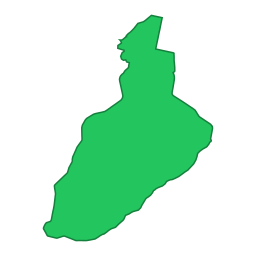 outline of Haarlemmermeer, Noord-Holland, Netherlands
{"feature_id": "6326949B97819203783200", "entity_name": "Haarlemmermeer", "entity_type": "district", "adm_level": 2, "iso_a3": "NLD", "parent_name": "Netherlands", "parent_adm1": "Noord-Holland", "projection": "mercator", "projection_center": [4.677, 52.324], "detail": "fine", "context": "isolated", "style": "filled", "palette": "green", "viewbox_px": 256, "rotation_deg": 0, "n_neighbors": 0, "source": "geoboundaries", "source_scale": "gbopen_adm2", "svg_char_len": 5503}
<svg xmlns="http://www.w3.org/2000/svg" viewBox="0 0 256 256"><path d="M206.6,146.9L207.0,146.5L207.6,145.7L208.8,144.2L209.0,143.8L209.8,142.2L210.2,141.9L210.6,141.7L210.9,141.6L211.0,141.5L211.0,141.3L211.1,140.9L211.2,140.7L211.3,140.4L211.2,140.1L210.8,139.5L210.7,139.1L210.6,138.9L212.5,128.7L212.5,128.1L212.5,127.7L212.4,127.0L212.3,126.4L212.1,126.4L211.9,126.0L211.6,125.5L211.2,125.0L210.8,124.5L210.2,124.0L199.3,116.7L199.1,116.4L198.8,116.1L195.3,110.5L195.1,110.2L194.5,109.7L193.0,108.6L182.7,101.7L176.6,97.8L173.6,95.9L173.2,95.6L172.9,95.3L172.6,94.9L172.4,94.5L172.2,94.2L172.1,93.8L172.1,93.1L172.1,92.6L173.1,87.0L174.0,81.5L174.3,79.7L174.4,79.0L174.4,78.4L174.4,77.3L174.3,76.5L174.1,75.4L173.8,74.3L173.4,73.4L173.1,72.7L173.6,72.4L174.8,71.1L174.7,66.6L174.6,65.8L174.4,62.9L174.3,62.4L174.1,60.5L174.1,59.1L174.1,55.9L174.0,55.4L174.0,54.2L174.0,53.3L173.9,53.1L173.5,52.9L172.8,52.7L155.7,49.0L156.5,45.1L157.0,42.6L157.1,42.2L158.3,36.5L159.4,31.1L159.6,30.5L161.1,22.8L162.2,17.7L151.9,15.5L151.4,15.4L145.5,20.3L145.1,20.6L144.3,21.2L143.4,21.7L142.7,22.0L142.3,22.1L137.9,23.4L133.9,28.5L132.2,30.3L131.4,31.1L130.7,31.8L129.9,32.5L129.3,32.9L128.6,33.4L128.1,33.8L126.5,35.5L126.5,36.0L126.4,35.9L126.2,36.1L126.3,36.2L125.7,37.0L122.8,39.5L122.2,39.8L121.7,40.0L121.4,40.1L121.1,40.1L119.9,40.0L120.2,40.3L120.4,40.6L120.7,41.1L121.0,41.6L121.3,42.4L121.4,42.7L121.4,43.1L117.9,45.5L117.8,48.3L121.5,49.5L124.1,50.3L124.1,51.3L122.2,52.6L120.7,56.3L121.5,59.0L123.5,60.3L125.7,59.8L126.6,61.9L129.3,62.7L128.6,66.2L128.7,66.3L128.8,66.8L128.7,67.0L128.5,67.3L128.4,67.5L128.2,67.8L127.3,68.7L125.5,70.2L125.2,70.5L124.8,71.0L124.3,71.8L123.7,72.7L123.5,73.1L123.3,73.4L122.8,73.7L122.0,74.3L121.8,74.5L121.2,75.2L120.7,75.8L120.4,76.3L120.0,77.1L119.9,77.5L119.7,78.2L119.6,78.5L119.6,78.9L119.5,79.3L119.5,79.5L119.6,80.3L119.7,81.0L120.6,85.1L121.9,91.2L122.2,92.4L122.5,94.0L122.6,94.4L122.7,94.8L122.8,95.6L122.8,95.9L122.8,96.6L122.7,96.9L122.7,97.1L122.6,97.3L122.5,97.6L122.4,98.0L122.1,98.5L121.9,98.9L121.6,99.3L121.4,99.6L121.0,100.1L120.5,100.5L113.9,105.2L112.6,106.1L107.7,109.6L107.3,109.9L105.6,111.0L105.1,111.3L104.6,111.5L104.2,111.6L101.5,112.3L98.6,112.9L95.5,113.6L94.5,113.9L94.2,114.0L93.4,114.3L87.6,117.8L87.0,118.2L86.4,118.7L86.0,119.2L85.7,119.4L85.5,119.7L85.1,120.3L83.2,123.7L82.6,124.7L82.3,125.4L82.2,125.9L82.0,126.6L81.9,127.2L81.8,127.6L81.8,128.4L81.8,129.9L81.9,133.9L81.9,134.4L81.9,135.3L82.0,137.6L82.0,139.3L82.0,139.6L82.0,139.9L81.9,140.1L81.8,140.5L81.6,140.8L81.3,141.3L81.0,141.7L79.0,144.4L78.1,145.7L77.7,146.2L77.4,146.6L77.1,147.2L76.6,148.2L76.5,148.5L73.7,154.8L73.4,155.4L73.1,156.2L72.8,156.8L72.6,157.6L72.6,157.8L72.4,158.7L72.3,159.0L72.3,159.4L72.3,161.0L72.2,161.3L72.2,161.6L72.1,161.9L70.7,164.4L70.6,164.6L69.3,167.0L69.1,167.4L68.9,167.8L68.2,170.3L68.1,170.7L67.6,172.2L67.5,172.6L67.3,172.9L67.1,173.2L64.6,175.5L55.1,184.6L55.0,184.8L54.7,185.1L54.6,185.4L54.5,185.6L54.4,185.9L54.4,186.2L54.4,186.4L54.5,186.9L54.7,188.7L54.9,189.7L55.0,190.2L55.5,193.5L55.5,194.0L54.2,205.0L54.0,206.0L54.0,206.4L53.9,206.7L53.9,206.9L53.7,207.6L53.6,208.5L53.0,211.0L52.2,215.1L52.0,216.3L51.8,217.4L51.6,218.4L51.3,219.8L51.3,220.1L51.2,220.3L50.9,220.7L50.7,221.0L50.4,221.3L50.2,221.4L50.0,221.6L49.8,221.6L48.7,222.0L47.7,222.3L46.7,222.6L46.1,223.0L45.8,223.3L45.5,223.7L44.5,225.5L43.7,227.3L43.6,227.6L43.5,228.0L43.5,228.3L43.5,228.7L43.6,228.9L43.6,229.1L43.8,229.3L45.5,232.3L47.2,235.5L47.4,235.7L47.5,235.9L48.5,236.2L55.9,238.0L56.8,238.1L57.0,238.1L57.4,238.0L57.9,237.9L58.1,237.8L61.6,236.7L63.0,236.2L63.3,236.2L63.6,236.1L64.0,236.1L64.3,236.1L64.8,236.2L73.0,239.4L75.7,240.5L76.0,240.5L76.4,240.6L78.9,240.5L86.3,240.6L87.0,240.5L88.2,240.3L91.0,239.8L92.3,239.5L92.6,239.5L92.9,239.4L94.3,239.1L94.9,239.0L95.4,238.8L96.3,238.2L98.1,237.1L98.9,236.6L99.2,236.3L100.9,235.2L101.0,235.2L101.5,234.9L101.9,234.7L102.5,234.3L103.3,234.2L104.0,234.0L106.0,232.6L106.9,231.9L107.2,231.7L108.3,230.7L108.7,230.4L110.9,229.0L111.5,228.7L112.0,228.5L115.0,227.5L115.4,227.3L115.7,227.1L116.2,226.6L117.4,225.4L117.6,225.1L117.9,224.9L118.0,224.8L118.4,224.3L118.5,224.3L118.9,223.9L122.7,220.6L123.3,220.0L123.7,219.5L124.0,218.9L125.2,216.1L125.3,215.9L125.5,215.6L125.6,215.4L125.9,215.2L126.3,215.0L126.9,214.8L129.1,213.9L130.3,213.1L131.6,212.3L132.4,211.9L133.0,211.6L134.7,211.1L137.8,210.3L138.4,210.1L138.6,210.0L138.7,209.8L140.7,207.8L140.8,207.6L141.1,207.0L141.4,206.3L141.6,205.8L141.9,205.2L145.7,198.9L145.9,198.6L146.4,198.1L147.5,197.4L148.2,197.0L148.4,196.8L149.0,196.4L149.3,196.1L150.3,195.4L150.6,195.1L150.9,194.8L151.4,194.1L151.5,194.0L152.2,193.1L152.4,192.9L152.6,192.5L152.9,191.8L153.2,191.3L153.4,190.9L153.7,190.5L153.9,190.4L154.6,190.0L154.8,189.9L155.1,189.6L155.5,189.2L155.8,188.9L156.1,188.7L156.3,188.6L156.8,188.3L157.5,187.9L158.4,187.5L160.1,186.8L161.9,186.2L162.1,186.1L162.5,185.9L164.4,184.4L165.2,183.7L165.3,183.6L165.7,182.9L165.8,182.7L166.1,182.2L166.3,181.9L166.5,181.7L166.7,181.4L166.9,181.3L167.1,181.2L168.0,180.7L168.4,180.6L169.1,180.2L169.8,180.0L170.2,179.8L172.0,179.6L172.6,179.4L174.5,178.6L177.8,177.0L178.5,176.6L179.2,176.2L183.7,172.9L184.6,172.2L187.2,170.5L187.7,170.2L188.0,170.0L188.2,169.7L193.1,164.5L193.5,164.1L193.9,163.5L194.1,163.1L195.8,160.1L195.9,159.9L197.1,156.2L197.3,155.0L197.7,153.5L197.8,153.3L199.7,151.3L201.3,150.1L202.8,149.0L206.4,147.0L206.6,146.9Z" fill="#22c55e" stroke="#15803d" stroke-width="1.5"/></svg>